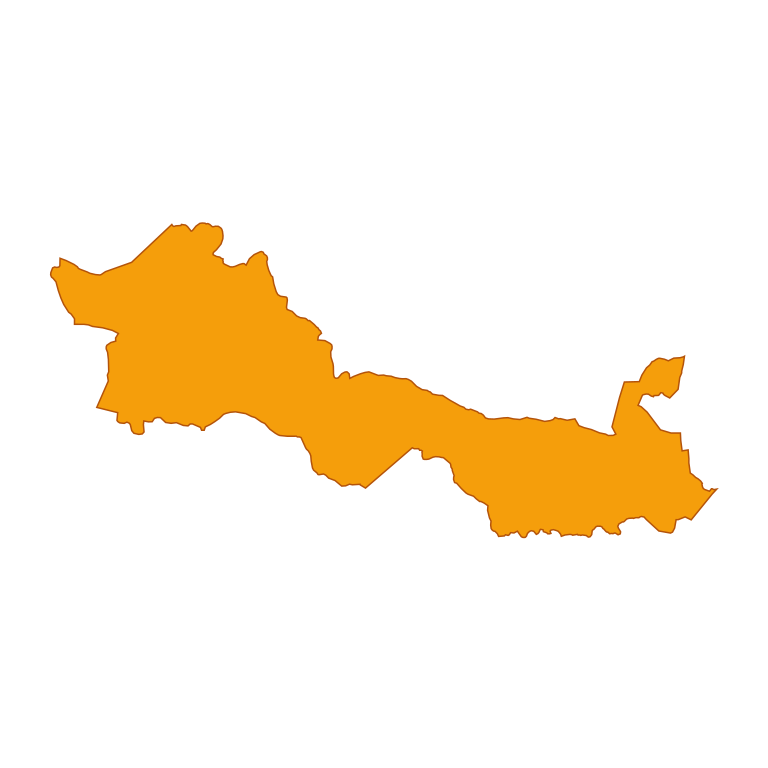 the district of Yaonáhuac, Puebla, Mexico, rotated 262°
{"feature_id": "50627088B21776838121102", "entity_name": "Yaonáhuac", "entity_type": "district", "adm_level": 2, "iso_a3": "MEX", "parent_name": "Mexico", "parent_adm1": "Puebla", "projection": "mercator", "projection_center": [-97.449, 19.915], "detail": "fine", "context": "isolated", "style": "filled", "palette": "amber", "viewbox_px": 768, "rotation_deg": 262, "n_neighbors": 0, "source": "geoboundaries", "source_scale": "gbopen_adm2", "svg_char_len": 6121}
<svg xmlns="http://www.w3.org/2000/svg" viewBox="0 0 768 768"><g transform="rotate(262 384 384)"><path d="M571.5,196.1L539.6,151.0L534.0,123.8L531.7,119.1L531.5,117.8L532.5,113.5L534.6,108.1L536.2,105.8L540.0,98.9L541.0,97.5L542.7,96.7L545.6,93.6L550.5,86.4L553.6,80.7L546.2,79.5L545.0,78.2L545.0,76.0L545.7,74.1L545.1,72.0L540.7,69.6L538.5,69.1L536.2,69.6L534.7,71.0L530.8,73.4L521.9,74.5L514.2,76.0L507.4,77.9L499.0,81.7L496.7,84.0L491.7,86.6L486.2,85.8L484.8,95.4L483.7,99.5L481.6,103.3L478.8,113.3L474.9,122.5L471.0,128.0L466.9,124.6L463.8,124.3L463.1,119.3L460.9,114.9L459.5,114.1L457.4,113.8L453.8,114.7L446.6,114.5L434.4,113.1L431.3,111.3L425.3,111.4L400.8,96.3L392.7,116.3L385.1,114.5L383.9,115.1L382.4,116.7L382.0,117.9L381.2,121.3L382.0,124.1L380.8,126.1L379.3,127.1L372.9,127.7L370.0,129.5L368.2,134.2L368.2,137.7L369.9,139.7L377.3,140.1L380.8,141.0L379.3,145.5L378.9,149.2L381.9,151.9L382.4,154.8L381.8,158.0L376.3,162.4L374.7,167.7L374.6,173.1L370.9,179.5L369.8,184.1L371.4,186.5L371.1,188.8L366.6,196.2L363.6,196.9L363.2,199.5L366.4,201.1L368.1,206.4L370.2,211.0L373.0,216.4L376.3,220.9L376.9,223.3L377.4,227.9L377.1,233.1L373.9,243.0L370.3,248.3L368.7,251.7L363.6,257.2L361.5,260.5L355.2,264.6L350.4,269.5L348.3,272.2L347.5,273.7L345.7,281.1L344.5,289.9L343.7,290.8L343.3,293.0L342.5,294.4L331.8,297.5L330.2,298.2L328.4,299.7L325.4,301.0L323.0,301.5L317.6,301.2L310.8,301.5L308.5,302.3L305.2,305.3L303.6,306.0L303.2,307.0L303.3,311.6L301.8,313.7L298.5,316.1L295.2,322.1L288.8,327.9L288.5,331.9L289.6,335.9L288.6,338.6L288.0,346.4L287.4,346.4L283.5,351.2L316.9,403.1L315.7,404.9L315.1,409.3L313.4,410.1L313.3,411.4L312.2,412.7L311.1,412.1L309.4,412.1L307.2,411.7L304.2,412.4L303.7,413.6L303.4,415.7L303.4,418.0L304.7,422.2L304.9,424.9L304.2,428.4L303.3,430.6L302.8,432.6L296.3,438.4L295.2,438.8L292.3,438.8L290.4,439.7L288.7,439.6L283.3,440.7L282.3,440.1L279.8,439.6L276.6,440.2L275.6,442.2L269.8,446.0L264.7,450.0L263.2,451.8L260.4,457.1L257.4,459.4L254.3,462.4L254.2,463.6L252.3,466.4L249.0,470.0L244.5,469.0L236.7,469.8L233.4,470.9L229.4,470.0L225.9,470.0L224.5,470.7L223.2,471.9L222.6,473.5L220.0,475.4L217.1,476.3L216.8,482.1L217.8,483.3L216.8,485.8L217.3,487.1L219.2,488.7L218.4,492.0L219.7,495.6L213.7,498.7L212.9,499.8L212.5,501.3L212.5,502.6L213.5,503.9L215.8,505.1L217.0,506.4L217.9,508.0L218.2,509.5L217.3,511.8L213.9,513.9L214.4,515.5L215.4,516.7L218.2,518.5L218.3,518.9L217.5,521.2L215.6,521.3L214.0,524.5L212.9,525.2L212.6,526.9L212.8,528.5L215.0,528.0L215.8,528.5L216.1,529.3L216.2,531.5L214.9,534.3L214.0,535.9L212.6,536.9L210.6,538.0L208.5,538.4L209.3,542.3L209.2,547.3L208.7,548.9L208.0,549.8L208.2,554.6L207.4,555.1L207.1,557.2L206.7,557.7L206.9,559.5L205.7,563.5L204.6,564.2L203.9,565.4L204.1,566.9L205.9,568.7L209.8,569.8L210.3,570.3L210.9,571.6L213.2,574.1L213.5,575.6L213.0,578.6L212.2,579.9L210.4,580.7L210.2,581.2L207.0,583.3L206.2,584.3L206.2,585.0L204.3,586.6L204.3,588.8L203.9,589.9L204.3,591.3L204.1,592.5L202.1,594.8L202.7,597.1L204.2,597.6L204.9,597.7L208.5,596.1L210.6,595.7L212.8,597.2L214.3,601.1L214.1,601.9L214.4,602.7L216.5,605.5L216.9,607.8L216.6,611.5L216.2,612.2L216.6,614.8L216.1,617.8L216.8,619.1L217.0,620.4L216.1,623.0L213.3,624.9L200.2,635.7L196.5,647.0L197.2,649.1L200.8,651.7L209.0,654.4L208.7,656.4L210.5,663.7L206.7,669.3L229.3,693.6L233.6,698.9L233.5,696.0L234.6,694.4L234.7,693.7L232.5,691.4L234.9,686.9L236.0,685.7L237.7,685.1L240.8,684.9L241.3,685.4L243.8,684.1L246.4,681.8L248.1,679.6L251.0,677.3L253.2,674.9L263.4,674.9L267.5,675.5L276.4,676.0L276.3,669.9L286.7,670.0L294.2,670.7L295.5,661.4L300.1,651.4L319.6,640.6L325.7,635.5L327.5,632.6L336.7,638.2L337.3,639.0L337.6,642.2L337.1,644.5L334.9,646.9L333.9,649.1L335.0,649.8L334.5,653.9L335.0,655.0L336.9,656.8L336.7,657.6L336.1,659.0L334.8,659.4L333.5,660.7L330.4,665.0L337.8,674.5L349.3,677.8L353.5,680.3L355.4,680.6L361.7,683.1L369.7,685.4L369.2,684.1L368.8,680.8L369.3,674.6L367.4,668.8L369.5,665.2L371.1,660.7L371.2,659.3L370.5,657.1L369.0,654.0L368.8,652.6L365.8,649.8L363.5,646.2L356.9,640.6L350.8,637.1L352.5,622.3L337.9,615.4L309.8,603.8L302.1,606.6L301.2,603.8L301.8,598.8L303.5,596.5L305.6,590.6L310.0,583.1L312.9,576.1L315.6,571.2L322.9,568.2L322.6,560.3L325.2,553.7L325.2,552.1L327.0,548.7L325.3,546.6L324.6,543.4L324.6,537.9L327.9,529.8L329.9,523.0L331.1,521.0L329.9,513.7L331.4,507.4L333.4,502.0L333.8,497.5L333.9,488.3L334.9,482.6L336.3,479.7L339.3,478.1L341.2,476.2L341.9,474.0L343.4,472.7L347.0,466.3L346.7,464.3L347.7,461.5L349.8,459.9L351.6,456.4L358.6,447.2L364.5,440.4L365.2,436.6L367.2,430.6L369.7,428.7L370.5,427.1L371.6,426.0L373.1,421.0L377.1,415.9L382.9,411.6L385.1,408.8L386.2,406.6L386.6,403.0L387.3,400.1L388.8,395.8L390.7,392.2L391.8,387.5L392.9,384.9L393.3,379.5L398.1,370.8L398.1,366.9L397.4,362.1L395.7,354.9L394.3,350.9L398.9,350.9L401.0,349.3L401.3,348.3L401.2,346.7L400.0,343.5L396.5,339.6L396.3,338.2L396.5,336.8L397.5,335.8L398.9,335.5L400.9,335.4L408.4,336.3L411.2,336.3L418.1,335.2L423.4,335.7L426.0,337.4L428.5,337.8L430.1,337.6L431.7,336.2L435.2,331.5L436.8,324.5L440.3,325.6L441.5,326.8L442.9,329.1L445.3,328.5L446.8,327.2L449.1,326.2L449.5,325.3L452.6,323.2L457.2,319.1L457.3,317.7L459.3,316.1L460.0,315.1L461.4,310.2L463.6,306.9L468.6,303.2L471.3,298.4L473.5,298.1L480.6,300.0L482.9,299.9L483.7,299.2L485.3,293.7L487.3,291.3L490.5,290.1L498.5,288.8L505.6,288.6L506.9,287.4L509.0,286.7L512.6,285.7L518.3,284.9L521.7,284.9L523.5,285.9L525.4,286.1L527.2,285.6L529.6,283.2L531.2,282.8L532.2,281.2L532.2,280.0L530.2,273.4L526.8,268.2L520.9,264.0L522.7,262.2L522.9,261.0L522.5,257.7L521.2,252.9L521.0,250.3L521.4,248.0L525.0,242.5L526.4,241.5L527.9,241.8L528.7,241.5L530.2,242.1L531.0,240.5L532.5,239.1L533.6,235.9L535.8,232.8L537.0,232.9L538.0,233.4L540.3,236.8L545.3,242.1L550.2,244.6L553.2,245.2L557.6,245.3L559.8,244.9L561.1,244.2L563.2,241.9L563.7,239.0L563.5,237.0L563.7,235.8L566.2,233.7L567.4,231.9L567.3,230.1L568.1,229.2L568.7,226.4L568.7,224.0L566.5,219.8L563.3,216.4L562.3,215.1L562.2,214.3L567.3,211.3L569.0,209.6L570.2,205.6L569.2,204.9L569.6,199.9L569.2,197.9L570.1,196.7L571.5,196.1Z" fill="#f59e0b" stroke="#b45309" stroke-width="1.5"/></g></svg>